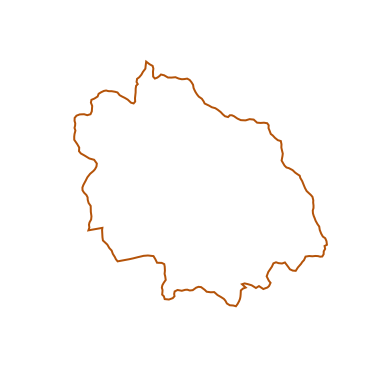 Descalvado, São Paulo, Brazil, rotated 137°
{"feature_id": "56859067B20222992390792", "entity_name": "Descalvado", "entity_type": "district", "adm_level": 2, "iso_a3": "BRA", "parent_name": "Brazil", "parent_adm1": "São Paulo", "projection": "mercator", "projection_center": [-47.656, -21.88], "detail": "fine", "context": "isolated", "style": "outline", "palette": "amber", "viewbox_px": 384, "rotation_deg": 137, "n_neighbors": 0, "source": "geoboundaries", "source_scale": "gbopen_adm2", "svg_char_len": 3500}
<svg xmlns="http://www.w3.org/2000/svg" viewBox="0 0 384 384"><g transform="rotate(137 192 192)"><path d="M210.3,319.3L213.2,318.1L216.2,319.6L217.9,322.5L221.2,325.3L224.4,326.6L227.3,326.2L229.4,324.1L230.5,321.9L232.2,320.3L234.2,319.0L235.4,316.4L238.4,314.5L240.4,312.8L242.5,310.5L243.3,305.2L244.2,301.4L246.8,298.9L247.0,296.0L245.7,291.9L244.2,286.5L241.6,282.3L242.2,277.7L244.5,275.8L247.5,274.8L249.7,274.6L254.1,274.8L258.5,274.1L262.3,272.7L264.4,272.0L266.7,271.2L269.1,270.0L270.9,267.9L271.4,265.2L271.3,261.8L272.0,259.3L273.6,257.4L275.1,254.5L275.6,250.9L279.6,246.4L282.1,242.8L284.5,240.7L287.8,239.6L289.7,238.3L291.3,236.0L293.9,234.6L282.0,226.9L283.7,225.5L288.4,219.9L290.2,217.3L290.0,214.6L289.8,211.3L290.7,207.3L290.7,204.0L292.1,200.7L292.8,197.0L293.5,194.8L293.7,192.0L283.5,185.5L280.3,183.6L276.3,181.4L270.9,178.3L267.5,175.6L263.9,171.4L264.6,168.0L265.8,164.1L262.5,160.8L261.5,158.2L262.8,156.1L265.4,153.0L267.9,150.8L269.1,148.6L271.2,145.6L274.5,144.9L277.3,144.0L279.3,142.6L280.4,140.4L282.2,138.7L283.8,137.3L283.7,134.9L285.0,132.3L282.2,129.1L278.5,127.5L275.9,127.7L274.6,129.6L272.5,131.1L269.4,130.2L266.8,126.7L263.7,125.1L262.1,123.8L260.8,121.5L258.4,119.7L254.2,119.2L251.9,118.2L250.2,116.2L249.4,111.7L249.3,109.1L246.7,105.9L244.0,103.6L243.6,99.2L242.4,95.3L241.6,92.1L241.7,89.8L242.5,86.7L241.6,83.4L239.2,80.8L237.8,78.5L235.1,79.0L232.1,80.0L229.8,81.1L228.1,82.3L226.4,83.8L223.4,86.7L220.6,86.6L217.9,85.5L218.3,90.4L215.9,89.3L214.1,86.7L212.0,83.1L210.7,78.2L207.2,77.5L206.0,72.4L201.9,70.7L199.7,70.7L196.5,72.0L196.3,74.8L194.9,79.4L190.7,81.5L184.5,82.9L181.1,84.3L178.5,83.3L177.2,80.9L174.9,78.3L172.1,77.1L172.7,71.6L173.1,68.7L171.9,65.8L169.9,63.6L166.0,64.6L161.2,65.1L159.2,65.6L156.5,65.8L153.0,67.3L150.0,65.3L147.8,62.9L145.3,61.0L143.5,59.1L142.4,57.3L140.7,56.0L138.2,56.7L136.1,58.8L133.4,59.6L131.9,62.1L129.3,61.4L127.2,64.3L126.1,67.3L126.7,70.2L125.9,73.5L124.4,77.2L122.5,80.0L122.2,82.6L121.2,86.7L120.1,89.3L119.3,91.5L118.1,93.9L116.3,96.1L114.1,97.4L112.3,99.3L110.7,101.5L108.9,103.3L107.2,106.3L107.1,108.8L107.3,111.3L107.5,114.5L106.7,117.7L105.4,121.2L104.0,124.8L103.2,128.4L102.1,130.5L102.7,132.9L103.3,135.7L103.5,139.4L104.9,143.4L106.2,145.5L106.3,148.2L105.6,151.4L105.0,153.9L101.3,156.6L99.4,158.2L97.9,160.9L96.4,163.5L94.0,165.9L92.3,168.7L93.9,171.4L94.4,175.0L94.4,178.4L94.8,180.7L93.5,183.8L92.5,186.5L90.4,188.5L90.1,191.0L92.1,193.6L94.7,195.7L97.1,198.3L97.5,202.9L100.2,206.0L103.9,207.8L105.7,209.6L107.3,211.3L108.7,214.7L109.6,218.8L110.5,220.9L112.0,222.3L114.5,222.2L116.2,224.9L116.5,227.8L116.5,230.9L117.1,234.6L117.8,237.4L119.7,240.5L120.6,243.5L121.5,245.8L122.4,248.1L121.7,250.3L121.2,253.5L122.0,257.1L121.8,259.8L121.3,262.6L120.7,264.7L119.9,267.0L118.1,269.7L117.5,272.7L117.3,275.5L118.2,278.2L121.0,280.1L122.7,281.6L124.4,284.1L125.8,287.2L129.0,289.7L131.5,292.1L132.8,296.4L134.6,299.1L136.7,299.0L139.3,299.3L141.8,300.3L141.7,302.9L138.5,306.6L136.1,308.6L134.8,311.1L135.9,314.4L136.6,318.6L139.6,316.1L142.0,314.0L146.0,313.3L149.0,312.3L152.3,311.9L155.0,312.2L157.5,310.3L158.1,307.9L160.4,307.8L162.6,306.1L165.4,303.2L167.5,301.4L169.7,299.5L171.9,296.9L174.3,296.6L175.7,298.9L176.0,303.4L177.0,306.8L178.0,309.4L178.9,312.2L178.6,315.6L179.8,317.6L182.0,320.5L184.3,322.7L185.6,324.8L187.5,326.0L190.3,326.9L193.3,327.5L195.9,326.2L199.7,326.9L202.7,328.0L205.0,326.3L206.3,323.0L210.3,319.3Z" fill="none" stroke="#b45309" stroke-width="2"/></g></svg>